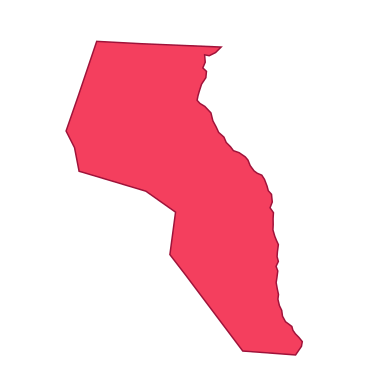 the district of Hugo Napoleão, Piauí, Brazil, rotated 10°
{"feature_id": "56859067B35812474417973", "entity_name": "Hugo Napoleão", "entity_type": "district", "adm_level": 2, "iso_a3": "BRA", "parent_name": "Brazil", "parent_adm1": "Piauí", "projection": "orthographic", "projection_center": [-42.465, -6.043], "detail": "fine", "context": "isolated", "style": "filled", "palette": "rose", "viewbox_px": 384, "rotation_deg": 10, "n_neighbors": 0, "source": "geoboundaries", "source_scale": "gbopen_adm2", "svg_char_len": 1073}
<svg xmlns="http://www.w3.org/2000/svg" viewBox="0 0 384 384"><g transform="rotate(10 192 192)"><path d="M72.0,60.2L63.4,116.6L57.4,153.8L68.6,168.7L77.2,191.2L81.2,191.6L146.4,199.2L179.3,214.7L181.1,257.5L200.6,275.3L213.3,287.2L269.6,339.8L322.3,334.5L326.6,325.0L326.6,320.2L322.5,316.6L318.4,313.7L315.4,310.7L313.7,307.1L306.6,303.5L302.7,298.6L300.9,293.0L297.8,288.7L295.2,282.6L295.0,278.0L292.8,272.6L290.6,266.6L290.5,261.8L290.2,254.9L287.7,250.6L289.1,245.4L287.0,240.9L286.5,235.9L286.2,228.8L283.5,224.9L281.2,221.2L278.3,215.3L277.6,209.9L276.5,204.3L275.8,198.2L271.6,194.0L272.8,187.9L270.7,180.5L266.9,177.5L264.9,173.2L261.2,167.0L257.8,163.3L253.0,162.2L249.4,160.4L244.7,155.9L241.6,150.9L238.4,148.2L231.6,145.1L225.6,144.1L222.1,140.8L217.1,137.3L213.9,132.4L207.9,128.7L204.6,123.9L200.2,118.3L196.9,110.8L189.8,105.5L184.4,103.4L181.1,100.8L181.2,96.1L181.7,91.3L182.7,84.1L185.8,77.0L185.3,70.7L181.1,67.9L182.5,61.9L180.6,54.7L185.3,54.8L191.0,50.6L195.5,44.2L116.1,54.8L72.0,60.2Z" fill="#f43f5e" stroke="#9f1239" stroke-width="1.5"/></g></svg>